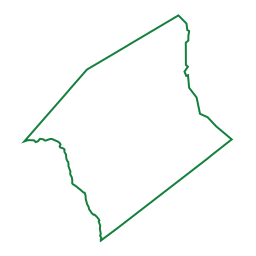 the district of Anderson, South Carolina, United States of America
{"feature_id": "52423323B54252786462612", "entity_name": "Anderson", "entity_type": "district", "adm_level": 2, "iso_a3": "USA", "parent_name": "United States of America", "parent_adm1": "South Carolina", "projection": "albers", "projection_center": [-82.736, 34.515], "detail": "fine", "context": "isolated", "style": "outline", "palette": "green", "viewbox_px": 256, "rotation_deg": 0, "n_neighbors": 0, "source": "geoboundaries", "source_scale": "gbopen_adm2", "svg_char_len": 1260}
<svg xmlns="http://www.w3.org/2000/svg" viewBox="0 0 256 256"><path d="M178.4,15.4L165.9,22.8L133.3,42.1L121.1,49.4L86.9,69.6L73.1,85.4L70.8,88.0L69.4,89.7L66.3,93.3L24.3,141.4L28.2,140.1L33.9,140.3L35.8,142.1L38.0,141.2L40.0,138.8L43.8,139.5L44.6,140.4L45.5,140.6L49.9,139.1L51.7,138.9L57.7,141.5L59.6,142.9L60.5,144.3L60.2,145.3L59.9,145.6L59.7,146.4L60.0,147.3L63.1,148.4L64.1,149.0L64.5,149.5L64.4,151.7L64.7,152.4L66.0,154.5L66.4,158.9L67.3,160.9L68.2,162.0L68.4,163.2L68.5,166.4L68.8,167.1L70.2,170.9L70.4,171.8L70.2,173.6L70.3,174.5L71.8,177.3L72.3,180.5L72.2,182.3L72.3,183.4L72.7,184.1L75.9,186.1L78.2,188.0L80.0,189.4L83.6,192.6L84.5,192.7L84.9,193.2L85.7,196.4L85.6,197.8L85.8,199.2L87.1,204.1L88.6,206.9L89.1,209.2L91.1,212.1L91.9,213.4L93.7,214.8L94.4,214.6L94.7,214.8L96.8,216.8L98.4,218.8L99.4,220.4L98.8,221.3L98.7,221.5L100.2,225.6L99.9,228.4L99.9,229.1L100.8,233.9L100.4,234.9L100.1,235.8L101.3,237.8L101.3,238.2L100.7,239.9L100.8,240.6L118.7,227.2L208.0,158.2L209.3,157.1L212.5,154.5L231.7,139.4L216.0,126.2L207.7,117.3L200.0,113.8L196.6,97.5L189.1,87.7L188.0,75.2L186.3,75.9L184.5,71.7L187.9,66.7L185.9,64.9L185.8,42.7L188.3,40.6L188.4,35.4L189.2,31.1L187.3,30.0L186.5,23.6L178.4,15.4Z" fill="none" stroke="#15803d" stroke-width="2"/></svg>